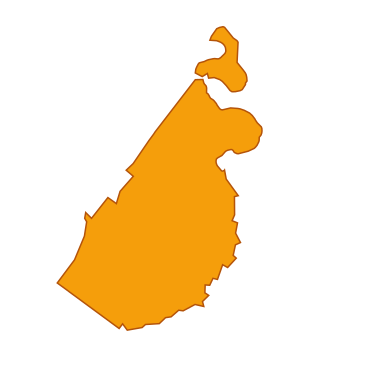 the district of Tipton, Tennessee, United States of America, rotated 125°
{"feature_id": "52423323B95439935659374", "entity_name": "Tipton", "entity_type": "district", "adm_level": 2, "iso_a3": "USA", "parent_name": "United States of America", "parent_adm1": "Tennessee", "projection": "natural_earth1", "projection_center": [-89.94, 35.512], "detail": "fine", "context": "isolated", "style": "filled", "palette": "amber", "viewbox_px": 384, "rotation_deg": 125, "n_neighbors": 0, "source": "geoboundaries", "source_scale": "gbopen_adm2", "svg_char_len": 2092}
<svg xmlns="http://www.w3.org/2000/svg" viewBox="0 0 384 384"><g transform="rotate(125 192 192)"><path d="M343.8,250.2L345.6,173.4L339.8,173.2L342.3,165.8L331.6,155.1L327.2,154.1L318.6,143.3L310.1,141.6L306.2,137.5L296.5,135.1L294.4,131.1L282.4,125.0L279.0,116.7L275.7,120.6L267.1,119.0L267.2,123.6L260.6,127.9L258.2,124.0L250.7,125.3L249.0,121.0L234.0,125.2L233.4,119.5L220.8,117.8L220.3,121.9L210.4,126.1L205.6,123.3L200.7,132.7L191.2,137.0L192.5,142.7L186.3,144.0L171.4,154.6L168.5,152.0L161.8,171.4L155.4,177.9L155.6,177.9L157.0,178.6L157.5,179.2L157.7,180.0L156.1,186.0L155.5,187.3L154.2,189.0L152.7,190.2L151.0,190.9L149.4,190.6L144.8,188.4L139.9,187.9L138.6,187.5L137.2,186.6L135.0,184.6L134.4,183.7L134.4,182.2L135.2,180.5L135.3,179.8L134.8,177.2L134.1,176.0L126.4,169.4L120.7,166.1L119.1,165.7L116.5,165.5L112.5,166.1L111.2,166.6L108.6,168.3L105.8,168.1L103.7,168.7L101.8,169.7L99.8,171.3L98.9,172.6L97.9,178.2L96.7,181.3L96.1,182.4L94.8,186.4L94.3,190.1L95.1,196.0L96.3,200.2L97.3,202.4L101.0,208.6L107.3,214.2L107.9,215.5L107.9,217.1L106.5,221.1L105.6,222.8L104.6,226.3L104.4,227.8L104.6,230.4L104.2,231.6L103.4,233.0L102.5,234.9L102.4,237.0L98.5,239.6L97.6,240.5L96.9,241.6L96.5,243.6L95.9,244.9L93.6,247.6L98.1,253.7L164.0,256.7L166.3,256.6L174.3,256.8L202.5,256.5L211.9,258.4L212.8,249.1L232.7,251.3L244.9,247.3L244.8,257.7L271.2,259.2L269.8,267.3L275.1,264.8L276.8,261.2L289.9,254.8L315.0,249.3L343.8,250.2ZM91.6,249.8L86.1,247.4L89.2,243.7L85.5,239.4L84.0,233.7L84.0,230.6L85.2,224.9L87.0,219.2L87.0,217.1L86.7,216.4L84.9,214.0L81.4,210.7L79.3,209.6L73.4,209.8L72.0,210.7L69.5,210.6L66.6,213.0L64.8,215.0L63.9,216.6L62.8,219.8L60.0,229.4L55.4,232.3L42.9,240.2L42.2,242.0L42.2,246.5L38.4,259.8L38.8,261.4L41.4,263.8L44.1,265.4L53.3,265.4L57.4,264.4L53.9,258.5L52.9,254.5L52.8,252.1L53.3,249.8L54.0,248.3L54.7,247.3L56.4,245.7L57.6,244.9L59.6,244.5L65.5,245.6L67.4,246.4L68.2,247.3L69.8,250.1L70.7,251.1L74.2,254.4L75.6,255.4L78.1,256.8L81.5,259.7L82.3,260.2L83.6,260.3L87.2,259.8L89.3,259.3L92.6,257.6L91.6,249.8Z" fill="#f59e0b" stroke="#b45309" stroke-width="1.5"/></g></svg>